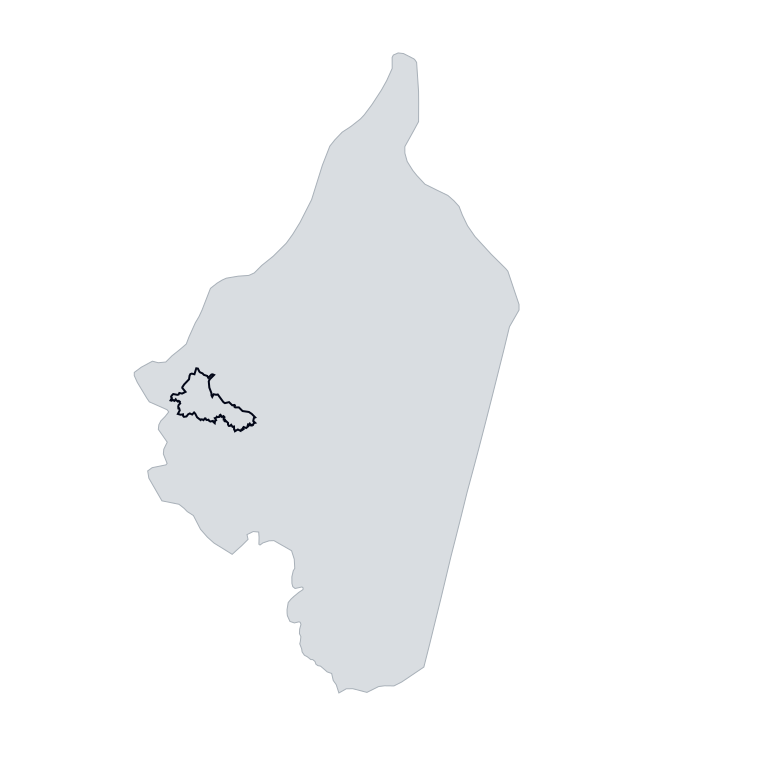 location of Jebel Saman, Aleppo, Syria, rotated 317°
{"feature_id": "27442178B96508006833869", "entity_name": "Jebel Saman", "entity_type": "district", "adm_level": 2, "iso_a3": "SYR", "parent_name": "Syria", "parent_adm1": "Aleppo", "projection": "orthographic", "projection_center": [37.058, 35.942], "detail": "medium", "context": "in_parent", "style": "outline", "palette": "ink", "viewbox_px": 768, "rotation_deg": 317, "n_neighbors": 0, "source": "geoboundaries", "source_scale": "gbopen_adm2", "svg_char_len": 4104}
<svg xmlns="http://www.w3.org/2000/svg" viewBox="0 0 768 768"><g transform="rotate(317 384 384)"><path d="M151.9,286.4L157.4,287.1L169.3,294.4L171.2,294.2L174.9,284.7L178.5,281.5L185.8,278.7L188.0,263.3L191.5,260.3L195.6,258.8L201.9,258.5L207.5,257.6L207.8,254.9L200.2,237.0L200.9,232.5L204.7,214.5L207.1,207.5L209.3,205.2L218.0,206.2L230.2,209.4L233.4,214.5L239.4,219.1L248.3,218.8L258.7,219.6L266.7,219.9L273.2,216.7L287.7,210.6L294.8,208.5L301.4,205.8L322.3,195.7L330.7,196.4L336.5,197.6L340.9,199.1L350.9,205.7L359.2,212.4L364.9,214.3L375.3,213.9L390.2,215.0L408.5,214.4L419.2,212.3L432.7,208.6L456.8,199.8L488.1,182.0L506.6,173.1L514.6,171.9L525.1,171.3L535.7,173.1L547.6,174.1L553.1,173.7L565.9,171.4L582.5,167.3L592.8,164.0L605.2,158.8L612.7,150.7L615.2,149.8L618.6,151.0L620.1,151.5L623.6,155.6L627.6,166.6L627.7,167.8L627.2,171.0L619.4,180.6L608.8,193.6L601.2,201.9L588.2,215.7L578.1,219.1L561.1,224.6L556.7,229.4L552.7,237.1L550.7,247.4L550.2,253.8L550.2,265.8L554.8,278.0L559.3,289.7L560.1,297.5L560.0,305.3L556.6,313.7L553.0,325.2L551.1,338.1L550.9,362.2L551.7,382.6L551.5,386.0L544.8,400.7L537.0,417.9L533.2,422.0L514.8,427.7L494.9,440.8L472.5,455.3L452.1,468.5L430.6,482.3L408.3,496.5L392.2,506.6L370.7,520.0L351.1,532.8L331.1,545.7L315.8,555.5L292.6,570.9L279.0,579.9L258.9,593.0L241.2,604.6L220.1,618.2L193.7,614.0L185.4,611.6L178.6,605.1L173.7,601.6L161.2,597.9L153.4,585.6L148.6,581.2L140.3,579.2L144.0,571.4L144.7,566.2L148.3,560.0L146.1,555.8L145.2,547.1L143.6,544.9L143.1,542.6L144.3,539.8L143.9,536.9L142.5,535.6L141.9,531.2L140.8,528.0L141.4,524.1L143.2,521.5L145.2,516.6L147.4,515.1L150.9,512.1L151.9,508.9L155.1,505.8L159.3,503.2L160.2,501.2L159.7,500.0L155.5,497.6L153.3,493.5L155.3,487.6L156.7,485.7L159.2,482.9L164.9,478.5L169.3,477.9L173.1,477.9L179.5,478.3L184.5,479.1L185.8,478.0L185.6,476.5L179.5,472.9L179.1,470.0L180.7,467.0L185.1,462.2L190.3,458.7L193.0,458.0L198.9,450.9L202.7,442.9L196.7,423.5L193.0,420.3L187.0,417.6L183.5,417.2L183.2,415.9L188.0,411.0L191.4,406.8L187.7,402.7L181.1,400.7L178.6,404.9L170.0,405.2L156.8,405.0L151.2,384.4L150.4,375.5L150.7,365.2L154.9,350.2L153.1,343.2L153.0,338.5L152.0,332.1L141.9,318.0L147.8,292.5L151.9,286.4Z" fill="#d9dde1" stroke="#a8b0b8" stroke-width="1"/><path d="M258.4,245.8L257.4,244.5L252.0,247.6L250.5,245.3L249.2,244.7L247.5,245.3L244.6,247.6L237.6,248.0L234.3,248.8L233.8,249.3L233.5,254.4L229.8,253.3L228.2,251.0L226.6,251.6L225.5,251.0L223.0,247.6L220.8,247.7L219.5,248.2L219.3,249.5L216.7,250.4L217.3,251.4L218.7,251.3L219.1,253.3L221.2,253.1L220.8,254.6L221.4,255.4L221.3,256.2L222.4,256.4L222.6,257.7L222.1,257.9L221.7,259.2L219.5,259.3L218.2,260.1L217.0,261.6L217.6,262.1L216.6,264.0L212.8,265.3L214.3,267.8L216.3,269.1L215.4,270.0L215.2,271.4L215.6,271.8L217.4,273.0L220.1,272.6L221.9,273.1L222.9,275.5L225.7,275.3L225.7,277.0L224.6,280.9L225.3,285.3L226.1,285.1L227.0,286.1L227.3,287.3L229.6,287.0L230.0,287.4L229.6,288.9L229.9,289.6L231.3,290.4L231.0,291.8L231.4,293.0L233.7,294.3L233.3,295.3L233.5,297.2L235.2,295.8L236.5,296.0L237.0,293.6L238.4,294.2L239.4,293.9L239.5,294.6L241.3,295.9L242.1,295.8L242.2,295.0L242.6,294.8L243.4,295.0L243.0,297.5L244.7,298.0L244.7,299.4L243.5,299.5L242.5,300.7L243.4,301.5L243.1,302.3L242.2,302.5L242.3,303.0L243.2,303.2L243.4,306.1L242.3,307.2L241.9,308.7L242.7,309.6L244.4,309.6L244.0,312.0L245.3,312.8L243.3,315.1L243.5,315.6L242.8,316.9L246.1,317.6L247.2,320.6L248.8,320.0L249.5,320.3L249.3,321.0L250.6,321.2L251.0,319.9L252.0,319.7L253.2,322.2L255.6,322.3L255.7,321.6L257.0,320.9L257.2,321.6L258.8,321.4L258.6,322.7L258.0,323.0L259.0,324.2L259.6,323.8L260.4,324.6L262.0,323.8L263.3,324.5L263.1,321.9L265.7,320.1L267.0,320.6L266.9,315.7L266.1,312.3L262.1,307.3L261.9,302.1L259.2,299.6L259.1,298.6L260.4,298.0L260.3,297.3L258.5,296.1L258.3,291.6L254.6,289.5L254.4,288.9L254.2,287.4L255.3,278.3L253.9,277.4L252.4,275.3L249.6,276.3L250.0,274.8L251.6,272.9L253.8,267.5L257.6,262.6L259.6,261.7L265.9,261.5L265.3,260.1L264.3,259.4L259.7,259.6L260.2,257.5L258.5,254.5L258.5,252.4L257.5,250.2L257.4,249.0L258.4,245.8Z" fill="none" stroke="#020617" stroke-width="2"/></g></svg>